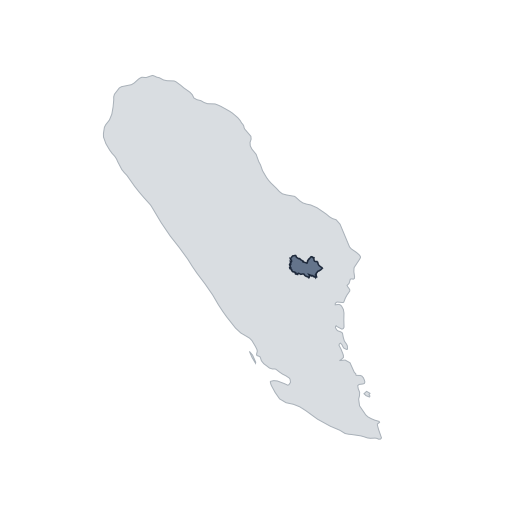 Kandreho, Betsiboka, Madagascar shown in context, rotated 129°
{"feature_id": "10022922B38821373259374", "entity_name": "Kandreho", "entity_type": "district", "adm_level": 2, "iso_a3": "MDG", "parent_name": "Madagascar", "parent_adm1": "Betsiboka", "projection": "natural_earth1", "projection_center": [46.108, -17.43], "detail": "fine", "context": "in_parent", "style": "filled", "palette": "slate", "viewbox_px": 512, "rotation_deg": 129, "n_neighbors": 0, "source": "geoboundaries", "source_scale": "gbopen_adm2", "svg_char_len": 7544}
<svg xmlns="http://www.w3.org/2000/svg" viewBox="0 0 512 512"><g transform="rotate(129 256 256)"><path d="M327.3,55.0L328.5,58.3L329.9,61.5L334.4,69.1L336.3,72.0L337.9,75.1L338.7,81.3L341.5,91.0L344.1,105.5L344.9,120.4L345.7,127.2L347.7,133.6L351.1,140.3L352.2,147.7L350.0,155.3L347.0,162.5L346.2,163.9L344.8,165.7L344.1,165.7L341.7,163.8L339.7,160.8L337.3,153.6L336.4,150.0L335.3,149.4L332.4,149.7L330.3,152.0L329.9,153.4L330.3,157.4L331.1,161.1L331.4,164.8L331.5,169.4L332.3,170.8L333.4,172.0L334.6,175.0L334.8,182.3L334.0,185.9L331.9,189.1L332.1,190.8L332.8,192.6L332.1,193.7L329.3,195.0L328.2,196.2L326.7,199.4L324.3,205.9L323.9,209.3L325.4,219.4L324.9,226.6L321.8,240.4L320.0,246.9L317.5,254.7L313.6,265.0L309.8,277.9L306.5,291.2L304.1,299.2L301.4,307.1L297.7,321.0L294.5,335.1L289.8,350.6L283.4,368.0L282.7,370.2L281.3,379.1L279.9,386.8L278.2,394.4L274.6,407.0L274.1,410.9L273.3,414.6L269.9,422.5L268.4,425.4L267.4,428.5L266.8,432.5L265.8,436.3L263.2,443.3L259.5,449.4L256.9,451.6L251.4,454.8L248.6,455.4L242.5,455.5L236.5,457.3L230.2,460.8L224.2,464.8L221.9,466.7L219.4,467.8L211.5,468.0L209.1,467.1L201.2,460.6L198.1,459.5L192.3,458.6L190.5,458.0L188.9,457.2L186.5,453.7L181.9,450.8L180.7,449.9L180.0,447.9L179.5,445.7L178.3,443.3L177.4,438.7L175.8,435.5L171.5,429.8L171.0,428.0L170.7,422.0L170.8,417.9L170.3,410.4L170.8,406.9L172.3,403.7L171.7,400.3L170.0,396.7L169.4,393.0L168.2,389.6L163.6,383.5L162.6,380.5L161.8,377.4L160.1,367.6L159.8,364.3L160.0,357.1L160.7,353.5L161.7,350.9L162.0,349.0L162.7,347.3L163.8,346.0L164.5,344.5L166.2,335.3L168.3,333.3L171.5,332.1L174.0,329.8L175.5,326.5L176.9,319.9L180.9,313.3L182.4,309.8L185.6,304.6L188.4,297.2L189.3,293.8L189.9,290.2L190.6,282.4L191.2,278.5L191.1,274.7L189.4,270.8L185.4,263.6L185.3,262.2L185.6,256.9L185.3,253.1L183.8,249.2L181.9,245.6L180.1,238.9L179.2,227.7L179.3,223.7L178.8,220.1L177.4,216.6L178.4,210.7L190.1,189.0L190.5,186.5L190.0,179.9L190.2,176.1L190.7,174.6L191.5,173.8L193.6,173.4L203.1,172.5L204.3,171.8L206.7,170.0L210.0,166.4L211.5,165.4L212.8,165.8L213.6,167.3L214.7,168.1L218.5,166.5L220.0,166.5L221.5,166.8L222.2,165.3L222.7,163.3L223.2,161.9L224.2,161.1L229.2,160.7L232.4,160.1L236.5,158.8L237.4,159.0L240.7,164.0L241.7,164.4L242.9,164.6L244.1,163.7L241.4,161.1L241.0,159.7L241.1,158.0L242.6,154.4L245.0,151.7L250.3,147.6L255.9,142.8L257.5,142.5L258.8,143.2L259.9,148.9L259.7,149.8L260.6,149.9L261.7,149.2L262.6,146.9L262.6,145.1L261.9,143.3L261.5,141.7L261.5,140.3L264.3,137.0L266.5,133.8L267.6,130.0L268.5,128.3L270.8,126.3L271.5,126.6L272.0,128.2L272.3,129.9L271.7,131.6L270.9,133.2L270.5,135.5L271.8,135.9L273.1,135.4L274.9,131.3L277.0,127.5L278.2,125.6L279.8,124.2L282.3,124.5L284.8,125.3L280.8,121.3L279.8,115.8L284.6,106.3L284.7,104.4L285.4,103.7L285.7,103.0L283.2,99.8L282.7,98.2L283.1,95.8L284.3,93.6L285.4,92.1L286.9,91.6L288.2,92.4L290.9,95.0L292.7,95.4L294.9,92.9L296.7,89.7L299.5,87.6L302.6,86.2L307.3,81.2L310.4,70.8L310.6,67.8L309.9,64.1L308.9,60.6L307.1,56.3L307.5,55.3L310.1,55.9L311.0,55.3L313.8,51.4L318.4,44.0L319.9,44.0L321.2,45.4L321.7,47.4L322.6,48.9L325.7,52.4L327.3,55.0ZM295.1,84.3L295.1,85.4L291.6,84.9L291.0,81.0L292.8,80.9L293.1,79.3L294.2,79.1L295.3,82.6L295.1,84.3ZM337.3,195.3L334.3,201.1L335.2,196.3L338.7,189.4L339.7,188.8L337.3,195.3Z" fill="#d9dde1" stroke="#a8b0b8" stroke-width="1"/><path d="M244.5,221.6L244.5,221.4L244.4,221.1L244.2,220.9L244.1,220.6L244.0,220.3L244.1,220.2L244.1,219.9L244.2,219.7L244.3,219.7L244.6,219.5L244.5,219.3L244.6,219.2L244.8,219.0L244.9,218.9L244.9,218.7L244.9,218.3L245.1,218.1L245.1,217.9L245.1,217.6L245.0,217.4L245.0,217.2L244.9,217.2L244.7,217.0L244.6,216.9L244.5,216.7L244.4,216.6L244.4,216.2L244.3,215.9L244.2,215.7L244.1,215.3L244.3,215.4L244.5,215.1L244.7,214.7L244.7,214.4L244.6,214.2L244.9,214.0L244.8,213.9L244.8,213.7L244.7,213.6L244.8,213.5L244.7,213.4L244.6,213.2L244.5,212.9L244.4,212.7L244.4,212.3L244.3,212.2L244.2,212.1L244.1,212.3L243.9,212.4L243.7,212.5L243.5,212.3L243.3,212.4L243.0,212.3L242.6,212.0L242.1,210.1L242.1,209.7L241.8,209.5L241.6,209.2L240.8,208.7L240.5,208.3L240.3,207.9L240.0,207.6L239.9,207.4L240.0,207.1L240.0,206.9L240.3,206.3L240.2,206.2L240.4,205.6L240.4,205.2L240.3,204.9L240.3,204.4L240.1,204.2L240.1,203.7L239.9,203.3L239.8,203.1L239.6,202.6L239.6,202.3L239.7,201.8L239.5,201.5L239.6,201.2L239.4,201.2L239.3,201.4L239.2,201.5L238.9,201.4L238.7,201.6L238.3,201.7L238.1,201.6L237.5,202.2L237.4,202.5L237.2,202.7L237.2,202.9L237.1,203.2L236.9,202.6L236.7,202.2L236.7,201.7L236.8,201.5L236.8,201.2L236.7,201.1L236.5,200.7L236.5,200.3L236.5,200.2L236.3,200.3L236.3,200.2L236.2,200.1L235.8,200.0L235.8,199.8L235.8,199.7L235.7,199.6L235.7,199.4L235.7,199.1L235.5,198.9L235.5,198.7L235.8,198.3L235.8,198.2L235.6,198.1L235.6,197.9L235.4,197.4L235.1,197.4L235.2,197.2L235.3,197.3L235.4,197.1L235.3,196.7L235.2,196.7L235.2,196.4L235.0,196.2L234.9,196.1L235.0,196.0L235.1,195.9L234.8,195.9L234.7,195.9L234.4,195.9L234.2,195.8L234.1,196.0L234.0,195.9L233.9,196.2L234.1,196.5L234.0,196.8L233.7,196.5L233.6,196.4L233.5,196.5L233.4,196.7L233.3,197.0L233.2,197.1L232.8,197.3L232.8,197.5L232.8,198.1L232.7,198.1L232.4,198.1L232.2,198.0L232.1,197.9L231.5,198.2L231.3,198.3L231.1,198.2L230.9,198.3L230.7,198.2L230.4,198.2L230.2,198.2L229.9,198.2L229.8,198.3L229.7,198.3L229.4,198.4L229.1,198.3L228.9,198.3L228.8,198.2L228.7,198.2L228.4,197.9L227.9,197.6L227.7,197.7L227.4,197.5L227.2,197.5L226.9,197.3L226.6,197.2L226.2,197.0L225.8,197.0L225.4,196.9L225.1,196.9L224.8,196.8L224.3,196.8L223.9,196.9L223.7,196.8L223.5,197.6L223.7,198.7L223.7,201.1L223.3,202.4L222.8,203.0L222.6,203.5L222.0,204.0L222.0,204.4L222.1,204.9L221.9,205.2L222.6,206.0L222.9,206.4L223.2,207.2L223.0,207.9L222.6,208.3L222.1,208.9L221.7,209.4L220.8,209.8L220.8,210.0L220.9,210.3L221.0,210.4L221.3,210.4L221.4,210.6L221.5,210.8L221.6,211.0L221.5,211.3L221.5,211.8L221.3,212.0L221.5,212.3L221.8,212.6L222.0,212.6L222.4,212.9L222.5,212.9L222.8,212.7L223.0,212.7L223.3,212.8L223.6,212.8L224.3,212.9L224.5,212.8L224.9,213.0L225.1,212.9L225.3,213.1L225.5,213.1L225.7,212.9L225.8,212.8L226.1,212.8L226.3,212.8L226.6,213.0L226.9,213.0L227.3,212.9L227.5,212.5L227.6,212.4L228.0,212.4L228.3,212.2L228.5,212.3L228.9,212.0L229.3,211.8L229.6,211.9L229.6,212.2L229.7,212.3L229.9,213.1L230.2,213.8L230.3,214.1L230.4,214.4L230.6,214.8L231.0,215.6L231.0,215.8L230.7,215.8L230.6,215.7L230.4,215.8L230.3,216.1L230.3,216.3L230.6,216.4L230.6,216.6L230.5,217.2L230.5,217.4L230.6,218.0L230.8,219.0L230.6,219.5L230.6,220.0L230.5,220.5L230.8,220.8L231.1,220.9L231.3,221.4L231.3,221.7L231.3,222.2L231.4,222.3L231.5,222.6L231.4,223.1L231.4,223.3L231.5,223.5L231.5,224.0L231.4,224.1L231.2,224.3L231.1,224.6L230.9,224.7L230.9,225.1L230.8,225.4L230.7,225.5L230.8,225.7L230.8,225.8L230.9,226.0L232.0,226.7L232.7,227.5L233.2,227.6L234.6,227.6L235.1,227.4L235.6,227.6L236.1,227.6L236.3,228.0L236.9,227.1L236.9,226.0L237.1,226.0L237.2,225.7L237.3,225.5L237.5,225.5L237.7,225.4L237.7,225.1L237.8,224.9L238.0,224.9L238.0,225.1L238.1,225.3L238.1,225.5L238.3,225.6L238.5,225.9L238.6,225.5L238.9,225.2L239.0,225.3L239.4,225.1L239.4,224.8L239.5,224.8L239.8,224.8L239.8,224.5L240.1,224.4L240.2,224.2L240.3,224.2L240.4,224.3L240.5,224.3L240.7,224.2L240.7,224.3L240.9,224.3L240.9,224.6L241.1,224.5L241.3,224.5L241.4,224.4L241.6,224.5L241.7,224.4L241.6,224.0L241.7,223.8L241.6,223.7L241.8,223.7L242.1,223.6L242.1,223.3L242.3,223.2L242.5,222.9L242.8,222.7L242.9,222.4L243.1,222.6L243.3,222.5L243.5,222.5L243.5,222.3L243.7,222.5L243.8,222.6L244.0,222.4L244.3,221.9L244.5,221.6Z" fill="#64748b" stroke="#1e293b" stroke-width="1.5"/></g></svg>